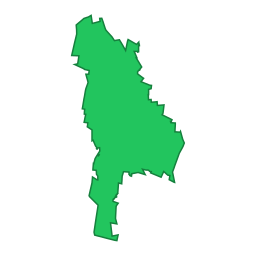 Doctor Arroyo, Nuevo León, Mexico (Robinson projection)
{"feature_id": "50627088B71309560932065", "entity_name": "Doctor Arroyo", "entity_type": "district", "adm_level": 2, "iso_a3": "MEX", "parent_name": "Mexico", "parent_adm1": "Nuevo León", "projection": "robinson", "projection_center": [-100.316, 23.81], "detail": "fine", "context": "isolated", "style": "filled", "palette": "green", "viewbox_px": 256, "rotation_deg": 0, "n_neighbors": 0, "source": "geoboundaries", "source_scale": "gbopen_adm2", "svg_char_len": 4337}
<svg xmlns="http://www.w3.org/2000/svg" viewBox="0 0 256 256"><path d="M174.6,182.4L174.3,181.0L173.1,174.9L172.5,172.0L174.1,167.7L174.6,166.1L175.8,162.8L179.3,153.2L181.9,148.5L183.0,146.4L184.3,143.0L182.7,139.3L181.8,136.1L181.6,135.4L180.5,131.4L180.1,132.2L174.9,131.8L175.0,130.2L175.1,128.0L175.2,126.7L175.3,124.5L175.3,123.0L175.1,123.0L170.8,122.7L170.5,121.4L171.3,121.4L172.0,119.7L163.3,115.4L162.1,114.8L162.4,114.3L163.0,113.2L163.8,106.7L164.0,104.9L163.1,105.0L161.6,105.1L159.1,105.3L157.4,105.4L157.3,103.8L157.1,101.7L156.6,101.8L154.4,102.0L151.3,102.2L151.1,99.5L148.5,99.7L148.4,97.6L148.2,94.7L148.6,94.7L148.6,89.4L151.1,88.7L151.5,85.4L149.7,85.2L141.5,81.9L141.0,81.7L143.6,78.3L142.7,77.7L137.6,73.9L137.6,71.7L139.4,69.7L139.7,70.0L140.0,69.4L139.8,69.2L140.8,68.1L141.3,67.5L141.7,67.0L136.2,57.9L136.9,57.8L134.2,51.4L137.3,51.4L137.6,52.1L138.6,51.8L138.6,48.9L138.6,45.4L138.6,45.2L138.8,45.3L139.1,45.4L139.4,45.5L139.4,45.1L139.2,45.0L139.1,44.4L139.1,44.1L139.1,43.9L139.0,43.5L139.0,43.4L138.8,43.0L138.7,43.0L138.7,42.2L136.5,44.4L128.1,39.5L127.6,40.9L125.6,50.5L122.7,45.3L122.1,44.3L121.1,42.6L120.4,41.5L119.4,39.8L114.4,40.6L112.0,36.9L108.0,32.5L107.1,31.5L106.4,30.7L105.9,30.1L105.2,28.5L103.4,23.0L103.3,22.5L102.9,21.4L102.8,21.1L102.7,21.0L102.6,20.6L102.5,20.3L102.3,19.7L102.2,19.4L102.1,19.2L101.8,18.3L101.1,18.3L99.7,18.4L100.1,21.4L96.2,22.4L95.3,22.7L94.8,22.8L92.3,23.4L91.1,15.4L88.4,17.0L86.4,17.6L86.2,17.7L85.6,17.9L84.0,18.4L81.9,20.2L76.2,25.0L76.6,29.9L76.7,34.1L74.5,43.2L71.7,55.5L74.3,55.6L78.9,55.8L78.3,60.0L77.7,63.8L76.1,64.2L74.7,64.5L78.3,66.2L83.3,68.5L84.2,69.0L84.4,69.4L89.2,70.5L88.7,74.2L85.9,74.2L86.2,75.4L86.5,76.5L86.8,77.7L87.3,79.3L88.1,82.4L87.8,83.3L87.1,85.4L86.9,85.8L85.8,89.0L85.5,90.3L84.4,96.8L84.0,98.7L82.7,106.7L82.3,108.8L82.9,108.9L83.6,109.0L84.7,109.2L84.5,110.9L84.3,114.1L85.7,114.3L85.2,116.8L84.9,118.2L84.5,120.4L84.1,122.3L84.6,122.4L87.8,122.8L87.7,123.7L87.4,126.6L87.3,126.8L92.0,129.9L92.0,137.6L92.0,140.8L93.1,140.2L95.5,145.9L96.5,147.1L96.7,148.2L96.5,148.4L96.6,148.9L96.7,149.0L96.8,149.0L96.8,148.8L96.9,148.7L97.0,148.7L97.0,148.8L97.0,149.0L97.3,149.0L97.3,148.8L97.3,148.6L97.5,148.5L97.4,148.0L98.0,147.9L98.7,147.8L99.0,147.7L99.6,147.7L99.8,151.0L99.3,151.8L98.5,153.1L97.9,154.0L99.2,154.7L98.5,155.8L97.2,155.2L96.6,156.1L96.1,156.9L95.8,157.4L95.1,158.6L93.7,163.8L93.4,163.6L93.0,168.3L92.9,170.0L96.2,170.3L96.4,172.1L96.5,174.3L97.8,176.1L97.8,179.9L97.0,179.8L92.5,177.0L92.3,179.6L92.0,182.9L89.1,195.6L89.5,196.6L98.1,205.2L97.6,208.6L96.3,216.9L95.5,222.2L94.1,231.7L94.1,232.6L94.7,235.1L98.0,236.0L98.5,236.1L99.3,236.3L101.7,236.9L103.9,237.5L105.8,238.0L108.1,238.6L112.5,239.7L114.1,240.1L114.9,240.3L116.9,240.6L117.7,236.7L118.1,234.9L112.1,236.1L110.5,222.8L116.9,223.9L115.5,218.5L115.5,218.2L116.1,206.3L116.2,206.2L116.6,205.4L116.9,205.0L118.2,203.2L117.3,202.9L115.9,202.4L113.1,201.4L112.9,201.0L112.9,200.7L113.0,200.3L113.1,200.0L113.1,199.7L113.3,199.4L113.2,199.3L113.4,199.0L113.7,199.2L113.8,199.2L114.0,198.9L114.2,198.6L114.3,198.6L114.4,198.4L114.5,198.2L114.7,197.8L115.3,197.5L115.2,197.3L115.7,197.2L115.9,197.1L116.4,197.1L116.6,197.0L116.6,196.8L116.6,196.6L116.4,196.5L116.4,196.4L116.2,196.1L116.3,196.0L116.3,195.9L116.2,195.7L115.9,195.7L116.1,195.3L116.2,195.1L116.3,195.0L116.3,194.9L116.5,194.8L116.8,194.7L116.7,194.5L116.9,194.4L117.0,194.3L116.9,194.2L117.0,194.0L117.3,193.8L117.5,193.7L117.8,193.3L117.9,193.2L117.7,193.0L117.9,191.2L118.5,183.0L121.7,183.8L121.8,181.7L121.9,181.3L121.9,181.0L122.0,179.7L122.0,179.4L122.0,179.1L122.0,178.7L122.2,176.0L122.7,174.5L123.2,172.7L123.3,172.2L123.5,171.7L126.7,171.9L129.0,172.1L129.0,174.4L129.8,174.9L129.7,175.1L129.7,175.4L130.0,175.6L130.0,175.2L131.5,176.1L131.8,173.7L132.5,173.6L133.2,173.4L134.0,173.3L134.7,173.1L135.5,173.0L136.8,172.7L137.3,172.6L138.2,172.6L138.4,172.5L139.5,172.9L140.5,173.2L145.2,174.6L144.6,173.5L143.6,171.4L142.5,169.2L142.9,169.3L143.4,169.5L144.0,169.7L144.5,169.6L145.1,169.9L145.9,170.0L147.1,170.1L147.7,170.0L148.7,170.3L149.3,171.0L149.7,171.4L150.4,171.6L150.8,171.6L151.2,171.6L150.7,172.9L161.1,177.2L163.7,171.5L165.7,173.2L165.9,173.5L167.9,175.2L169.9,175.5L169.2,179.7L171.9,181.1L174.2,182.3L174.6,182.4Z" fill="#22c55e" stroke="#15803d" stroke-width="1.5"/></svg>